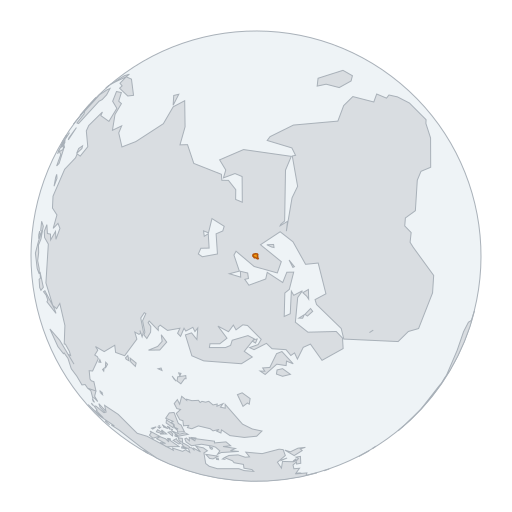 Yozgat highlighted on a globe, orthographic projection, rotated 217°
{"feature_id": "TUR-3026", "entity_name": "Yozgat", "entity_type": "Province", "adm_level": 1, "iso_a3": "TUR", "parent_name": "Turkey", "parent_adm1": "", "projection": "orthographic", "projection_center": [35.159, 39.624], "detail": "fine", "context": "on_globe", "style": "filled", "palette": "amber", "viewbox_px": 512, "rotation_deg": 217, "n_neighbors": 0, "source": "natural_earth", "source_scale": "10m", "svg_char_len": 11314}
<svg xmlns="http://www.w3.org/2000/svg" viewBox="0 0 512 512"><g transform="rotate(217 256 256)"><circle cx="256" cy="256" r="225" fill="#eef3f6" stroke="#a8b0b8"/><path d="M199.5,37.9L200.6,37.6L208.8,35.8L213.4,34.9L233.8,34.1L260.3,34.6L269.8,33.9L266.9,35.1L285.6,34.1L300.7,36.3L282.9,34.4L280.6,34.9L290.5,36.4L290.2,37.3L294.8,38.7L293.6,39.8L283.3,39.3L282.3,40.2L289.4,41.3L292.7,43.5L282.4,41.7L287.0,45.6L270.7,46.6L244.2,42.9L234.4,46.5L205.1,51.1L207.0,52.4L197.1,55.8L195.7,58.8L190.7,59.3L193.8,61.4L198.7,60.3L201.7,61.0L201.2,62.9L194.8,63.7L194.0,62.9L191.9,64.1L188.9,63.8L190.1,65.0L182.4,66.1L189.4,67.9L182.6,71.1L177.6,71.2L179.1,67.4L171.3,60.0L166.8,59.9L158.8,62.9L141.7,75.8L136.3,77.5L128.2,82.6L130.7,83.0L137.9,79.3L140.6,82.0L149.1,77.7L151.5,78.3L159.9,76.0L157.5,80.5L150.6,86.4L143.5,88.8L140.3,91.7L146.1,93.2L132.1,101.9L121.3,115.6L117.8,117.7L112.5,114.3L114.8,104.2L108.0,101.9L111.2,107.9L102.4,114.1L100.4,117.2L100.2,119.8L103.1,119.4L99.9,122.7L95.5,117.4L98.4,114.3L99.7,115.8L100.7,111.4L97.7,108.9L93.5,112.7L93.4,106.5L90.3,109.3L88.6,109.9L93.5,105.6L84.8,113.4L84.0,110.8L76.8,119.4L87.4,106.5L98.9,94.5L111.3,83.3L124.5,73.1L138.4,63.9L152.9,55.7L168.0,48.6L183.5,42.7L199.5,37.9ZM37.3,201.8L36.3,206.4L36.0,207.4L32.1,232.2L31.8,252.1L31.6,262.9L31.3,265.7L32.0,272.3L32.1,275.4L38.5,301.5L44.7,320.5L46.5,331.0L45.2,334.2L48.5,343.7L42.7,328.6L38.1,313.2L34.6,297.5L32.2,281.6L30.9,265.6L30.8,249.5L31.8,233.5L34.0,217.5L37.3,201.8ZM70.5,128.2L72.5,125.3L71.0,127.5L70.5,128.2ZM215.6,34.5L208.9,35.8L201.7,37.4L207.3,36.1L215.6,34.5ZM229.3,32.9L226.1,33.4L223.4,33.3L226.0,33.0L229.3,32.9ZM276.7,33.6L271.3,33.1L276.6,33.3L276.7,33.6ZM295.7,38.7L297.3,38.7L299.0,39.5L295.7,38.7ZM160.6,73.7L160.2,74.8L158.8,74.7L160.6,73.7ZM164.6,71.8L163.3,70.8L165.0,69.8L165.8,70.4L164.6,71.8ZM298.8,42.1L301.0,43.7L296.9,41.9L298.8,42.1ZM165.8,73.3L168.2,68.1L171.2,66.4L176.7,67.4L165.8,73.3ZM301.2,44.6L306.8,49.0L310.9,49.1L302.6,51.9L300.5,46.9L294.8,44.5L299.5,45.3L301.2,44.6ZM200.4,59.3L195.2,60.4L199.9,57.9L200.4,59.3ZM202.7,57.5L212.9,49.7L220.4,49.3L215.4,51.8L225.4,50.3L224.0,53.9L218.2,55.6L213.7,55.0L216.6,56.9L202.7,57.5ZM297.1,53.0L296.9,54.2L295.1,52.9L297.1,53.0ZM203.2,61.1L204.6,59.4L211.2,58.9L209.6,62.2L208.0,61.3L203.2,61.1ZM228.7,48.4L233.3,48.8L233.4,51.8L235.2,52.4L224.6,54.0L228.7,48.4ZM206.3,62.4L208.6,64.0L205.1,66.0L202.3,62.8L206.3,62.4ZM213.6,57.4L216.6,57.4L214.4,58.4L213.6,57.4ZM194.1,74.7L195.6,72.3L199.1,71.8L194.1,74.7ZM209.7,64.5L210.9,63.8L212.5,63.5L213.2,65.0L209.7,64.5ZM225.4,56.1L224.5,57.4L229.8,55.6L230.1,58.0L223.0,58.8L226.2,59.5L226.3,60.3L220.3,60.1L225.4,56.1ZM218.7,65.5L209.8,67.8L206.2,72.1L202.9,72.7L209.3,65.6L218.7,65.5ZM220.2,62.3L218.6,64.3L215.3,63.8L214.5,62.0L220.2,62.3ZM232.9,59.5L234.3,55.6L235.8,55.6L232.9,59.5ZM218.3,66.8L220.5,66.3L218.4,67.2L218.3,66.8ZM229.1,61.8L229.4,60.3L231.1,60.4L229.1,61.8ZM224.6,66.6L221.7,67.2L221.0,65.9L224.6,66.6ZM227.2,64.4L229.5,64.9L222.5,65.1L227.0,63.8L227.2,64.4ZM230.7,62.1L231.8,61.6L230.4,62.7L230.7,62.1ZM228.9,71.2L220.3,71.8L218.8,68.9L227.3,68.6L228.9,71.2ZM92.8,332.8L82.5,295.9L88.9,287.4L91.0,273.2L135.9,242.5L144.3,249.4L178.5,253.7L182.6,256.7L177.4,267.9L202.1,287.8L211.4,279.2L235.0,289.6L251.3,289.9L259.2,267.7L232.4,266.7L228.8,255.3L251.2,246.5L274.8,247.8L274.2,243.5L260.2,233.9L266.6,225.8L255.5,229.9L259.3,234.4L252.4,237.4L248.5,233.5L250.9,230.6L244.1,228.4L234.4,243.5L237.2,249.7L218.7,250.9L221.6,261.6L216.2,265.8L209.3,249.4L210.7,243.8L197.1,224.7L193.9,230.5L206.6,249.2L202.2,247.3L198.0,256.2L197.7,247.9L184.7,226.8L168.7,226.4L146.5,244.0L137.5,242.5L130.7,234.5L140.5,212.4L159.5,218.4L163.3,211.5L160.9,198.6L166.9,201.8L168.3,197.5L175.6,199.3L187.4,191.6L195.1,192.5L201.2,180.0L206.0,179.0L201.0,186.5L201.7,192.6L221.0,195.4L225.1,193.1L227.5,185.0L232.5,187.2L232.4,179.0L244.2,177.1L229.7,172.9L232.1,164.1L239.9,158.2L238.1,154.8L225.3,164.5L222.5,169.3L224.3,174.4L214.5,187.6L207.6,188.8L208.0,172.8L198.2,173.1L202.8,161.2L234.6,140.8L247.2,137.7L264.9,150.5L261.2,155.8L252.9,153.7L259.2,163.5L259.3,158.9L263.5,161.0L266.9,153.8L270.0,155.0L267.9,146.4L272.1,147.1L273.3,152.5L281.9,143.3L290.9,143.1L291.4,140.5L289.3,137.8L302.2,139.8L302.0,137.8L297.6,136.4L294.3,131.7L293.5,124.4L298.0,125.5L298.9,128.3L307.6,136.0L309.3,143.7L311.1,143.5L310.7,137.1L300.1,127.5L298.3,122.9L303.9,126.7L301.7,125.0L302.3,123.0L307.0,122.3L301.1,117.9L300.9,97.3L310.1,94.5L315.1,99.7L319.7,88.3L329.7,87.1L325.7,85.6L325.2,79.9L322.0,80.1L320.1,79.0L317.3,65.8L320.2,64.0L314.5,57.8L312.4,57.2L309.9,58.1L302.6,51.9L310.9,49.1L315.1,50.5L317.4,48.3L326.8,52.2L335.7,54.8L344.6,61.1L350.9,63.1L351.0,62.1L359.6,64.4L376.7,73.7L362.1,70.6L336.3,60.1L346.8,64.4L344.2,65.0L347.8,67.6L355.2,70.9L356.2,70.3L366.8,85.5L384.1,100.0L383.5,93.9L388.5,94.2L407.6,108.1L429.0,140.5L435.9,143.5L439.9,148.2L441.9,155.2L436.1,148.4L433.3,149.8L429.7,145.2L430.9,155.0L425.8,148.9L429.2,160.1L433.8,162.9L434.6,156.0L439.7,169.0L447.4,171.8L454.1,181.6L461.0,210.1L459.2,225.9L460.3,229.9L456.5,230.0L456.1,242.0L466.8,253.8L468.1,259.6L465.3,278.6L464.4,274.7L454.5,275.0L456.0,290.2L463.6,293.3L466.4,303.4L461.9,305.5L458.8,297.0L455.2,296.7L453.8,284.2L446.3,270.0L441.6,279.1L439.7,271.7L428.7,262.4L420.8,275.1L409.6,305.9L411.9,325.3L406.4,337.1L390.4,316.5L383.6,299.0L377.7,303.7L361.4,292.5L332.8,300.4L328.9,295.9L323.5,299.8L312.1,296.8L306.3,288.9L299.3,290.7L314.9,311.1L322.4,309.2L329.0,298.8L331.9,306.5L342.9,310.9L330.0,333.5L287.8,356.8L284.1,342.3L254.2,301.2L255.3,296.2L255.2,295.6L254.9,294.6L251.7,302.7L246.7,294.1L262.2,324.1L264.7,336.7L287.2,357.7L285.0,360.2L292.4,363.9L316.6,355.0L316.6,359.8L304.9,383.1L271.8,413.0L276.5,428.9L274.6,441.6L254.6,449.9L257.1,458.0L246.8,460.6L246.7,464.6L238.8,468.2L225.5,470.5L202.2,467.2L200.1,464.1L187.6,455.3L169.9,432.0L175.2,422.9L172.8,413.6L156.0,388.1L159.6,376.3L155.3,369.5L146.2,368.1L141.2,359.7L135.8,357.6L102.4,347.4L92.8,332.8ZM119.3,263.1L117.8,267.2L117.8,267.3L119.3,263.1ZM299.3,260.6L313.7,259.4L307.9,245.9L313.0,244.5L309.2,240.6L307.5,245.0L298.2,234.1L304.7,229.0L303.3,222.9L298.4,223.1L288.0,234.4L301.2,249.7L297.6,256.0L299.3,260.6ZM36.3,206.8L35.5,210.5L35.9,208.1L36.3,206.8ZM47.3,172.0L45.8,176.3L46.6,173.3L47.3,172.0ZM53.2,157.8L48.4,168.9L49.5,165.9L53.2,157.8ZM69.4,129.9L69.8,129.3L71.2,127.2L69.4,129.9ZM102.7,114.3L102.9,114.9L102.0,117.9L101.0,117.3L102.7,114.3ZM106.8,127.8L101.4,132.9L104.5,128.6L102.0,128.4L105.4,119.6L116.2,118.3L110.7,120.3L106.8,127.8ZM113.0,108.2L109.6,113.4L112.9,107.8L113.0,108.2ZM168.6,174.0L170.6,177.7L167.0,182.0L157.3,182.2L162.4,175.9L168.6,174.0ZM174.3,182.1L177.4,166.9L183.5,166.6L179.6,169.3L183.3,170.6L177.9,175.3L180.8,190.4L177.8,195.3L161.4,192.3L168.4,190.4L166.0,186.6L174.3,182.1ZM174.4,133.4L175.9,128.1L187.4,134.1L184.7,138.4L174.9,138.6L172.2,133.6L174.4,133.4ZM175.0,76.6L174.8,75.1L176.6,74.7L178.2,75.7L175.0,76.6ZM194.5,73.6L177.7,83.1L176.7,81.7L168.1,89.5L162.0,89.2L167.7,84.0L156.6,89.9L159.3,85.1L152.1,89.6L165.5,78.1L167.4,74.5L167.6,78.6L173.2,79.0L176.2,78.0L186.2,72.9L193.3,65.7L199.9,65.4L202.8,67.1L202.1,68.7L198.0,68.3L200.1,70.9L193.6,71.6L194.5,73.6ZM232.4,94.0L227.8,91.7L230.9,99.2L224.4,99.0L225.2,99.9L220.1,101.9L215.1,106.1L212.4,105.4L211.7,107.4L208.3,108.9L206.3,111.5L200.7,111.2L197.9,114.4L196.8,112.5L193.5,118.2L193.4,113.9L189.0,115.9L191.4,119.0L165.6,113.6L154.9,115.6L145.9,119.8L147.0,112.5L156.1,104.1L168.7,96.9L178.9,96.4L177.5,93.5L182.0,92.5L181.2,95.2L185.1,90.5L188.6,90.5L199.8,85.6L203.3,79.4L207.5,77.7L207.8,80.2L211.7,76.8L215.3,80.5L218.4,79.4L224.9,82.3L223.9,88.0L227.4,86.5L232.5,88.9L232.4,94.0ZM230.5,72.1L230.8,78.5L227.3,81.7L217.3,75.5L214.0,75.9L207.5,72.6L212.6,68.2L214.0,69.5L216.6,69.7L214.0,71.0L218.0,70.2L220.0,72.1L223.7,72.1L222.7,74.1L230.5,72.1ZM187.9,253.2L191.2,254.4L196.5,254.9L194.0,260.8L187.9,253.2ZM178.8,239.0L181.8,238.9L180.8,246.9L177.4,245.9L178.8,239.0ZM184.4,232.2L182.1,238.2L181.3,234.4L184.4,232.2ZM204.0,186.2L207.3,185.8L207.4,187.8L205.1,190.4L204.0,186.2ZM240.1,118.2L238.0,115.9L239.2,115.0L239.1,108.7L243.9,108.7L245.8,112.4L240.1,118.2ZM254.1,271.5L248.9,275.8L246.7,273.6L248.9,272.6L254.1,271.5ZM219.7,269.1L227.2,272.7L218.9,270.6L219.7,269.1ZM245.3,117.1L244.6,114.4L247.4,116.1L245.3,117.1ZM247.4,108.4L250.8,109.7L244.4,108.0L247.4,108.4ZM313.4,435.3L298.3,456.6L287.5,458.0L285.4,453.0L290.9,440.6L303.4,435.4L309.4,428.5L313.4,435.3ZM476.7,301.3L476.1,304.0L476.6,301.5L477.0,299.6L476.7,301.3ZM475.9,304.6L469.6,320.8L466.5,325.0L467.7,320.6L472.8,311.0L475.9,304.6ZM467.5,321.0L461.9,322.3L450.5,310.6L454.7,306.6L465.9,307.9L465.3,311.3L468.6,312.1L467.5,321.0ZM478.7,282.0L478.0,290.6L475.0,299.0L473.4,301.9L472.3,294.8L473.0,288.3L474.5,285.1L477.4,255.0L479.1,254.5L478.8,265.8L480.0,268.7L478.7,282.0ZM412.9,326.5L418.3,334.7L415.0,338.7L412.9,326.5ZM476.5,237.7L476.7,250.5L475.8,235.7L476.5,237.7ZM474.6,225.4L475.7,228.9L474.3,227.4L474.6,225.4ZM462.3,235.2L460.8,239.6L459.7,237.0L461.0,229.9L462.3,235.2ZM459.3,190.2L463.2,198.0L464.3,201.3L461.7,198.3L459.3,190.2ZM285.2,116.1L280.1,124.6L279.6,131.4L284.3,136.1L275.5,133.5L276.3,123.0L285.2,116.1ZM298.5,99.4L294.3,95.9L297.5,95.4L298.9,96.1L298.5,99.4ZM295.0,98.7L287.3,98.4L285.9,95.2L292.2,96.0L295.0,98.7ZM266.3,107.0L264.4,109.4L262.2,108.0L266.3,107.0ZM480.3,276.8L480.4,274.4L479.5,284.5L479.1,286.7L479.6,280.5L480.3,268.9L480.6,262.7L481.2,251.5L480.4,267.7L480.6,270.8L481.2,262.4L480.7,270.9L480.6,273.1L480.3,276.8ZM480.2,238.5L479.1,236.2L479.2,242.3L478.0,226.0L479.4,230.9L480.2,238.5ZM477.6,227.9L477.8,233.6L476.9,224.9L477.6,227.9ZM477.2,232.3L476.1,228.3L476.6,226.2L477.2,232.3ZM477.8,226.3L475.9,218.2L477.1,221.2L477.8,226.3ZM473.0,219.6L475.9,221.0L474.0,225.5L469.0,211.5L469.4,207.9L473.0,219.6ZM443.8,145.7L440.9,142.7L439.9,139.0L442.2,142.1L443.8,145.7ZM433.9,125.5L438.7,137.1L442.0,147.1L443.3,146.8L448.1,154.7L443.8,151.8L438.0,140.2L436.3,133.8L431.6,127.9L427.5,120.8L421.5,115.4L418.3,111.2L423.2,114.3L433.9,125.5ZM419.0,113.4L407.0,103.0L407.1,99.2L409.8,100.6L415.2,106.9L414.8,108.5L419.0,113.4ZM404.2,99.6L403.7,101.2L385.1,92.5L381.2,89.8L395.4,93.6L395.7,95.5L400.2,98.5L404.2,99.6ZM299.3,54.4L297.1,54.2L298.6,53.5L299.3,54.4ZM318.4,79.3L315.9,77.7L317.7,76.7L318.4,79.3ZM310.2,73.0L309.8,75.1L308.3,72.4L310.2,73.0ZM309.4,80.2L308.8,75.7L312.1,80.7L309.4,80.2Z" fill="#d9dde1" stroke="#a8b0b8" stroke-width="1"/><path d="M257.1,253.8L257.3,254.0L257.5,254.2L257.8,254.1L258.0,254.2L258.3,254.2L258.5,254.1L258.7,254.4L258.7,254.6L258.8,254.7L258.8,254.8L258.9,255.1L259.0,255.4L259.2,255.5L259.1,255.9L258.9,256.1L258.6,256.3L258.5,256.5L258.4,256.6L258.4,256.8L258.1,257.0L257.8,257.5L256.8,258.1L256.6,258.2L256.3,258.4L255.6,258.3L255.6,258.2L255.5,257.9L255.4,257.7L255.2,257.6L255.2,257.4L255.0,257.2L254.9,257.1L254.9,256.9L254.7,256.9L254.6,256.7L254.4,256.6L254.2,256.5L253.8,255.9L253.7,255.8L253.7,255.7L253.3,255.6L253.2,255.5L253.0,255.3L252.8,255.3L252.8,255.2L252.7,255.2L252.7,254.9L252.8,254.8L253.3,254.7L253.6,254.6L253.9,254.5L254.4,254.6L254.5,254.5L254.9,254.5L255.3,254.3L255.6,254.4L256.0,254.2L256.1,253.9L256.1,253.7L256.4,253.6L256.5,253.6L256.9,253.7L257.1,253.8Z" fill="#f59e0b" stroke="#b45309" stroke-width="1.5"/></g></svg>